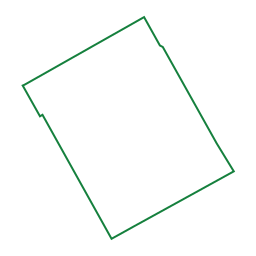 outline of Aurora, South Dakota, United States of America, rotated 331°
{"feature_id": "52423323B17598192587787", "entity_name": "Aurora", "entity_type": "district", "adm_level": 2, "iso_a3": "USA", "parent_name": "United States of America", "parent_adm1": "South Dakota", "projection": "orthographic", "projection_center": [-98.556, 43.718], "detail": "fine", "context": "isolated", "style": "outline", "palette": "green", "viewbox_px": 256, "rotation_deg": 331, "n_neighbors": 0, "source": "geoboundaries", "source_scale": "gbopen_adm2", "svg_char_len": 296}
<svg xmlns="http://www.w3.org/2000/svg" viewBox="0 0 256 256"><g transform="rotate(331 128 128)"><path d="M197.7,74.0L195.9,71.3L195.8,38.8L58.5,40.0L56.5,39.8L56.7,75.1L59.6,75.0L59.9,216.9L86.0,216.9L199.5,217.2L198.1,184.4L197.7,74.0Z" fill="none" stroke="#15803d" stroke-width="2"/></g></svg>